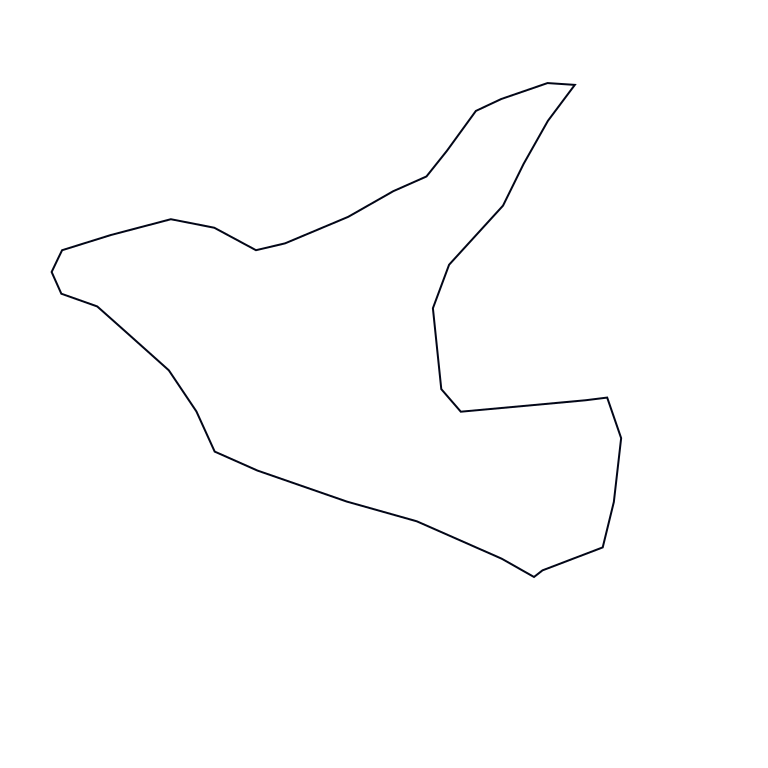 the Statistical Region of Aračinovo, rotated 71°
{"feature_id": "MKD-2919", "entity_name": "Aračinovo", "entity_type": "Statistical Region", "adm_level": 1, "iso_a3": "MKD", "parent_name": "North Macedonia", "parent_adm1": "", "projection": "mercator", "projection_center": [21.571, 42.028], "detail": "fine", "context": "isolated", "style": "outline", "palette": "ink", "viewbox_px": 768, "rotation_deg": 71, "n_neighbors": 0, "source": "natural_earth", "source_scale": "10m", "svg_char_len": 657}
<svg xmlns="http://www.w3.org/2000/svg" viewBox="0 0 768 768"><g transform="rotate(71 384 384)"><path d="M158.8,650.9L152.7,644.8L154.2,593.7L158.8,531.9L181.0,493.6L215.8,461.5L218.8,431.8L214.3,363.5L204.7,312.4L201.6,276.3L184.0,248.6L155.7,208.2L152.7,180.3L152.7,131.4L163.3,106.2L188.5,143.3L221.3,180.3L254.1,213.4L292.4,283.6L328.3,313.1L407.5,331.5L435.2,320.4L465.0,198.7L469.5,177.4L512.4,177.4L570.4,205.1L609.7,230.4L611.8,294.8L615.3,305.0L587.5,329.6L524.5,397.7L483.1,457.4L424.6,531.9L392.8,566.1L348.9,570.3L301.0,583.0L247.5,612.9L217.3,629.9L193.6,659.7L169.9,661.8L158.8,650.9Z" fill="none" stroke="#020617" stroke-width="2"/></g></svg>